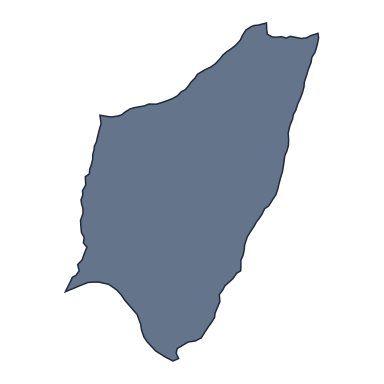 the district of Nantes, São Paulo, Brazil
{"feature_id": "56859067B3251407102794", "entity_name": "Nantes", "entity_type": "district", "adm_level": 2, "iso_a3": "BRA", "parent_name": "Brazil", "parent_adm1": "São Paulo", "projection": "mercator", "projection_center": [-51.197, -22.601], "detail": "fine", "context": "isolated", "style": "filled", "palette": "slate", "viewbox_px": 384, "rotation_deg": 0, "n_neighbors": 0, "source": "geoboundaries", "source_scale": "gbopen_adm2", "svg_char_len": 2061}
<svg xmlns="http://www.w3.org/2000/svg" viewBox="0 0 384 384"><path d="M318.0,33.3L310.8,35.6L306.6,37.8L301.4,38.5L294.8,37.2L290.3,36.3L286.0,38.1L281.5,36.6L276.8,37.2L272.3,37.0L267.3,34.2L266.7,29.4L266.5,23.0L262.3,24.0L258.3,25.1L254.0,25.5L250.5,27.0L245.9,30.1L242.3,35.7L240.3,40.2L235.7,45.2L230.7,49.1L227.0,51.5L222.9,55.0L220.1,58.7L215.5,63.6L211.3,66.7L204.4,70.1L197.5,74.2L194.6,78.6L191.1,82.0L188.3,86.1L185.2,89.7L181.2,91.8L177.4,95.8L172.4,98.6L167.6,100.5L161.8,102.5L156.4,104.2L152.6,104.1L148.6,104.1L144.4,105.9L139.2,106.8L134.3,107.7L129.9,109.0L124.7,112.3L121.3,115.0L117.3,116.1L111.1,117.0L105.1,116.1L99.9,115.2L101.1,123.7L99.4,129.3L97.6,136.5L96.3,142.2L94.5,145.8L93.9,150.4L92.7,154.7L92.7,159.3L91.2,165.2L89.7,169.2L89.4,173.8L85.3,176.7L85.7,185.1L82.5,190.7L82.8,195.1L81.0,199.8L81.6,204.1L82.9,208.3L83.0,213.4L80.5,220.5L80.9,226.3L81.4,232.4L84.2,237.6L83.4,242.9L86.9,247.2L84.6,252.8L82.0,260.1L77.7,264.5L79.1,270.9L76.0,275.3L72.3,277.4L70.5,281.4L68.0,286.4L65.4,291.7L81.0,285.2L87.9,282.5L92.7,282.1L98.9,282.1L103.6,283.2L108.5,284.2L116.8,290.0L121.3,295.0L124.9,300.4L137.1,314.5L140.6,324.0L141.5,329.8L143.8,336.8L147.0,341.6L155.8,351.1L165.6,357.2L173.0,361.0L178.6,358.5L176.2,353.3L177.2,348.5L183.0,345.1L188.2,342.0L195.2,341.0L201.3,337.9L204.9,332.0L208.2,327.0L211.3,322.7L214.6,317.5L215.0,313.3L217.2,308.0L219.9,301.5L219.3,294.5L222.7,290.0L224.9,285.8L228.1,283.0L232.9,278.6L236.7,273.2L240.7,270.8L240.9,266.3L240.9,260.2L243.1,255.2L244.1,250.4L244.7,244.6L247.3,236.9L250.1,232.2L253.9,226.5L256.5,221.8L259.4,218.1L261.9,214.4L264.6,208.7L268.5,206.1L270.6,202.9L272.8,199.4L275.9,194.7L277.8,189.0L278.9,184.2L280.4,178.4L282.4,171.8L283.2,167.3L284.2,160.4L284.8,155.8L286.8,151.2L288.4,145.6L288.6,139.7L288.2,133.2L289.8,126.0L292.5,119.2L293.4,114.4L295.8,110.3L297.8,103.7L300.4,98.3L302.6,92.2L304.0,86.8L304.4,82.0L306.6,75.2L308.4,69.1L311.0,62.7L311.8,57.5L314.9,52.5L316.2,48.6L317.6,43.2L318.6,37.8L318.0,33.3Z" fill="#64748b" stroke="#1e293b" stroke-width="1.5"/></svg>